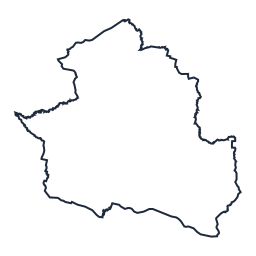 Khok Charoen, Lop Buri, Thailand
{"feature_id": "78962969B49481349278352", "entity_name": "Khok Charoen", "entity_type": "district", "adm_level": 2, "iso_a3": "THA", "parent_name": "Thailand", "parent_adm1": "Lop Buri", "projection": "mercator", "projection_center": [100.85, 15.427], "detail": "fine", "context": "isolated", "style": "outline", "palette": "slate", "viewbox_px": 256, "rotation_deg": 0, "n_neighbors": 0, "source": "geoboundaries", "source_scale": "gbopen_adm2", "svg_char_len": 5772}
<svg xmlns="http://www.w3.org/2000/svg" viewBox="0 0 256 256"><path d="M235.2,200.1L237.5,197.0L238.2,194.2L240.6,192.1L238.9,189.4L238.6,187.3L237.2,185.7L235.3,182.0L236.6,179.3L236.5,173.1L235.5,171.2L234.6,170.6L235.9,167.7L235.2,165.0L235.6,161.8L236.1,161.5L234.0,158.3L234.6,157.4L234.0,155.8L234.5,154.6L234.1,154.4L234.3,153.2L233.9,152.9L234.2,151.7L235.1,150.9L235.4,148.7L234.9,147.7L232.0,147.6L231.9,145.2L232.1,141.2L235.2,141.0L235.2,137.9L234.3,137.5L234.2,136.8L233.5,136.4L231.9,136.9L231.3,136.4L229.5,137.1L228.8,136.9L227.6,138.7L227.9,139.5L226.8,139.3L223.7,140.3L221.2,139.8L220.9,140.2L219.0,140.5L218.5,139.9L217.4,139.6L215.2,141.7L213.8,142.1L214.0,142.8L213.5,143.4L212.8,143.2L212.6,143.6L210.9,143.5L210.3,142.9L208.8,142.6L208.6,141.7L207.1,141.2L205.7,140.0L204.6,140.1L204.5,139.7L203.8,139.5L203.0,140.1L202.4,139.3L201.1,138.7L200.4,137.8L200.6,137.3L199.8,137.0L199.3,135.8L199.7,135.5L199.3,134.4L199.8,133.9L199.3,133.1L200.0,132.8L199.5,132.0L199.8,131.9L200.0,130.9L199.5,130.2L199.9,129.6L199.4,129.2L199.9,128.1L199.6,127.4L198.4,126.7L195.9,123.3L194.7,123.5L195.9,119.6L195.7,118.1L194.7,117.3L195.5,116.9L195.1,115.4L195.7,115.0L195.4,114.3L196.0,114.2L195.8,113.5L197.0,112.8L196.4,112.5L196.8,111.9L196.7,109.9L197.2,109.3L197.8,109.5L197.5,109.0L197.8,107.8L196.6,104.5L197.3,103.4L196.8,102.4L197.6,101.4L197.0,100.4L197.8,100.0L198.5,98.9L198.4,98.2L200.2,97.9L200.8,96.8L199.7,94.8L199.6,93.9L199.0,93.6L199.1,92.8L197.7,92.0L197.7,90.7L196.9,89.7L196.9,87.6L196.1,86.5L196.5,86.1L196.2,85.4L197.1,84.5L196.8,83.5L198.1,81.4L198.1,79.7L193.9,77.5L188.8,78.8L188.1,76.6L188.1,73.9L181.5,74.0L179.2,72.8L177.0,68.6L176.8,67.0L175.2,66.9L175.4,63.6L176.3,59.8L170.0,57.7L170.3,56.3L166.8,55.6L168.2,50.5L167.5,49.2L166.3,49.6L166.4,48.7L165.2,48.5L165.2,48.0L164.4,47.6L164.7,47.0L162.7,47.5L162.2,47.0L160.6,47.8L159.1,47.7L158.9,47.1L157.4,47.4L151.0,46.4L148.8,47.4L147.1,47.2L146.7,47.9L145.5,48.0L141.1,50.0L140.9,49.6L140.0,49.7L141.0,48.6L140.9,47.4L141.5,47.3L141.1,45.4L141.6,44.7L142.1,45.0L142.7,44.5L142.7,43.8L142.3,42.2L142.6,41.7L141.7,40.8L141.8,39.5L141.3,39.4L141.6,39.0L141.1,38.2L141.5,38.0L140.7,37.6L140.5,36.6L140.5,35.7L141.5,34.1L140.9,32.9L141.3,32.2L140.5,31.7L140.6,31.2L139.1,29.4L137.6,30.8L136.6,30.4L136.1,29.9L136.2,28.9L135.3,28.5L134.4,25.8L133.4,25.3L133.1,24.5L131.9,24.4L131.8,23.7L129.9,22.6L129.5,23.0L129.2,22.6L129.0,21.8L129.5,20.8L129.4,19.8L128.2,19.4L126.5,20.6L125.3,20.2L125.2,20.8L124.5,20.4L124.3,21.0L123.8,20.6L124.2,20.2L123.2,20.0L111.1,28.1L104.2,31.1L92.2,39.9L89.3,40.6L85.2,40.0L83.3,42.0L81.0,42.9L77.7,42.5L75.9,42.8L72.9,46.8L71.0,47.8L69.7,49.2L67.4,49.5L67.4,50.3L68.6,51.8L67.8,52.7L68.4,54.0L68.1,54.9L65.2,57.3L57.9,59.3L58.7,61.0L62.1,64.2L61.6,66.1L63.3,68.7L73.3,70.5L74.2,71.1L75.5,72.8L75.4,73.5L76.0,74.3L75.8,74.8L76.9,77.0L75.1,78.7L73.5,82.2L74.3,84.2L75.6,90.4L75.3,92.5L77.7,96.7L77.4,97.5L77.8,97.9L76.2,98.8L76.2,99.4L73.7,100.0L73.3,100.5L71.8,100.2L70.4,101.2L70.0,100.3L69.6,101.3L68.6,101.0L67.7,101.9L67.0,102.9L67.1,103.5L64.9,103.5L64.9,102.8L64.4,102.6L63.8,102.8L63.2,103.6L63.0,102.7L62.2,103.3L60.2,102.9L59.3,103.5L59.2,104.5L58.6,104.6L58.3,105.7L57.8,105.8L57.8,106.4L56.8,106.3L56.7,107.0L55.8,107.1L55.4,108.4L53.9,108.2L53.3,109.3L52.8,108.7L52.4,109.8L51.7,109.4L49.6,109.7L48.7,110.7L49.1,111.5L48.5,112.0L47.7,111.6L46.4,112.0L46.2,111.4L45.4,111.3L44.5,111.8L44.7,111.2L44.2,111.2L44.2,110.7L42.3,109.8L41.1,110.1L40.7,110.7L40.4,111.6L41.3,111.8L40.8,112.6L39.1,112.5L39.1,111.0L37.7,111.4L38.0,111.9L35.9,111.7L35.8,112.3L35.2,112.6L35.5,113.1L34.7,113.1L35.0,112.6L34.7,112.4L33.9,113.2L34.4,113.7L33.5,114.5L34.1,114.9L32.4,115.2L32.6,115.7L32.2,115.7L32.2,116.3L30.7,116.6L30.1,117.6L28.7,116.7L27.8,116.8L28.0,117.4L27.1,117.4L26.7,118.2L26.2,117.6L25.7,117.9L25.4,117.4L24.8,117.8L24.2,117.6L23.4,117.0L23.3,115.9L21.5,115.7L20.9,114.3L20.3,114.3L20.3,113.9L19.1,113.6L18.4,114.5L18.2,114.2L17.7,114.4L17.0,113.1L15.4,112.6L15.8,113.6L15.4,114.1L15.8,115.3L18.6,116.5L19.1,118.8L21.2,119.8L21.7,122.2L23.4,123.5L23.8,124.6L24.6,124.8L24.4,125.5L25.0,125.5L25.5,127.3L26.9,127.9L27.2,128.5L26.9,129.3L27.7,130.8L28.5,130.5L28.7,131.2L29.9,131.5L30.0,132.0L31.2,133.1L34.6,135.2L34.4,135.8L35.6,136.3L36.0,137.2L37.5,137.5L38.3,138.3L40.3,138.0L40.9,138.5L40.7,138.9L41.2,139.1L41.6,140.4L43.1,140.6L44.1,141.4L43.4,146.0L43.9,146.8L44.3,150.6L43.5,153.7L41.6,157.8L41.5,159.0L47.0,160.2L45.9,165.4L46.6,166.8L46.5,168.6L45.3,170.9L46.5,171.3L46.4,172.0L47.0,172.0L46.6,173.4L46.9,173.4L47.3,174.9L48.3,174.8L48.1,177.4L47.5,177.5L46.1,181.2L44.4,180.7L43.6,182.5L43.6,183.6L44.6,185.4L45.2,185.5L45.9,187.7L44.8,190.9L49.8,197.4L58.0,197.9L61.4,200.4L63.4,200.7L65.4,202.0L71.0,203.2L71.9,201.9L77.6,204.7L85.0,206.6L92.3,210.2L96.8,215.1L99.2,216.9L99.9,217.0L102.5,217.3L102.6,215.5L103.2,215.3L103.0,214.4L104.0,214.3L104.2,213.2L103.6,213.0L104.1,212.4L103.5,212.3L103.5,211.3L103.1,211.0L103.4,210.3L103.9,210.8L105.4,210.9L105.5,210.3L105.8,210.5L106.0,209.8L106.7,209.4L107.6,209.3L107.8,210.1L109.3,209.0L110.2,208.9L110.6,207.7L110.0,207.4L111.0,207.0L112.3,203.3L119.1,204.8L120.7,206.4L124.9,208.9L128.5,207.9L130.7,208.3L132.0,209.0L134.2,211.6L137.4,212.9L143.8,211.6L149.3,209.0L152.8,209.0L171.5,216.5L176.2,217.4L178.5,218.8L180.9,221.2L184.3,226.4L185.8,226.8L188.6,226.5L193.6,228.3L197.1,231.9L200.5,234.3L211.3,236.6L217.1,236.3L217.1,235.4L219.0,233.1L218.7,231.3L216.5,227.7L216.6,226.4L217.7,224.2L216.2,219.2L216.2,218.1L220.9,213.5L223.5,211.9L225.2,212.2L225.2,211.6L226.6,211.4L227.8,210.5L227.9,209.9L227.4,209.1L227.8,208.3L227.4,206.3L227.9,205.6L229.8,205.3L230.3,204.5L230.7,204.7L231.6,203.4L231.6,202.3L233.7,201.5L235.2,200.1Z" fill="none" stroke="#1e293b" stroke-width="2"/></svg>